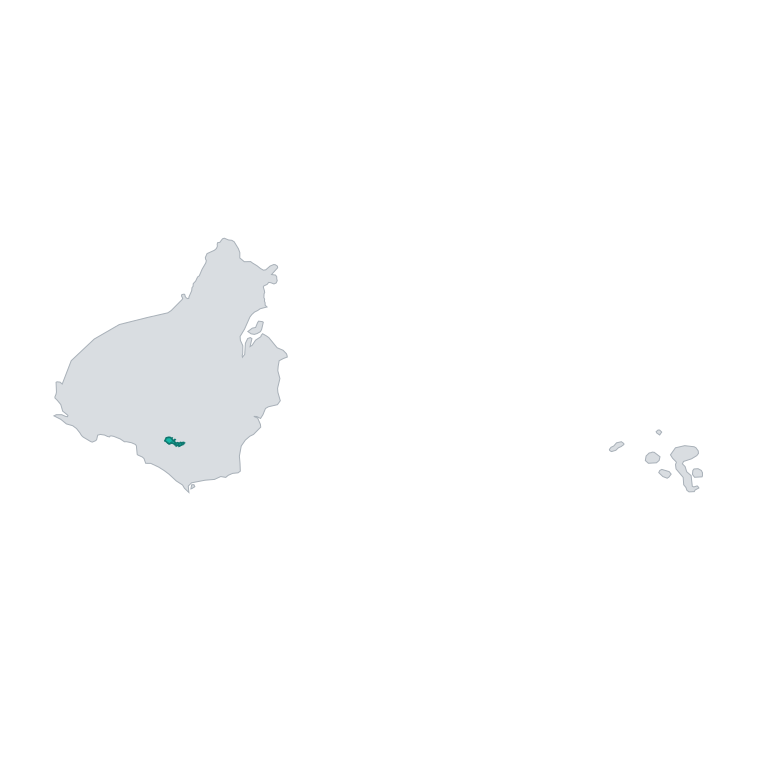 Otavalo, Imbabura, Ecuador (highlighted), rotated 186°
{"feature_id": "8360857B9675012556832", "entity_name": "Otavalo", "entity_type": "district", "adm_level": 2, "iso_a3": "ECU", "parent_name": "Ecuador", "parent_adm1": "Imbabura", "projection": "mercator", "projection_center": [-78.375, 0.223], "detail": "fine", "context": "in_parent", "style": "filled", "palette": "teal", "viewbox_px": 768, "rotation_deg": 186, "n_neighbors": 0, "source": "geoboundaries", "source_scale": "gbopen_adm2", "svg_char_len": 7033}
<svg xmlns="http://www.w3.org/2000/svg" viewBox="0 0 768 768"><g transform="rotate(186 384 384)"><path d="M708.9,317.8L706.7,319.2L701.3,319.8L697.0,318.4L695.3,318.4L695.1,319.8L700.7,323.4L703.3,329.8L707.3,333.7L709.8,335.7L709.9,337.0L709.1,339.6L708.9,341.7L710.3,351.4L709.4,352.0L706.4,352.0L704.0,350.3L697.5,374.5L676.9,398.4L653.4,415.5L626.3,425.4L606.4,432.2L603.3,434.8L593.6,446.9L593.1,448.1L594.5,450.2L594.6,451.5L593.1,452.3L591.9,452.4L591.3,451.8L590.9,450.3L589.6,448.9L588.0,448.4L587.1,448.8L587.1,450.1L585.0,456.7L585.0,459.8L584.1,461.1L584.2,463.9L582.1,466.6L580.6,470.9L579.0,472.3L576.9,479.1L573.9,485.8L573.6,488.1L574.6,489.8L574.9,491.1L573.6,495.2L566.6,499.3L564.8,501.3L564.1,503.6L564.5,505.5L564.3,507.1L562.1,507.7L559.8,511.5L558.1,512.3L553.7,511.0L550.4,511.0L547.9,509.8L543.0,503.4L541.1,499.6L540.6,494.3L535.7,491.0L529.4,491.8L527.5,490.6L522.8,488.4L518.8,485.9L515.8,484.6L513.5,485.2L509.6,489.4L506.1,491.3L504.4,491.2L502.3,490.0L501.9,488.5L507.3,481.1L503.3,481.0L501.9,479.4L501.7,477.6L501.0,475.6L501.8,473.2L503.9,472.0L507.1,472.9L509.3,473.0L510.7,470.8L513.6,469.1L514.2,467.9L512.7,464.3L512.2,462.4L512.7,461.3L512.5,457.4L511.6,455.9L511.6,453.8L510.8,452.6L510.4,449.9L508.4,448.4L515.0,445.9L517.3,443.9L520.3,442.0L522.8,439.2L524.4,436.5L528.4,424.1L532.1,416.2L531.4,412.4L528.4,407.3L527.7,399.8L528.0,397.5L527.6,395.8L525.6,398.9L526.1,410.0L524.3,415.0L521.8,416.2L520.1,415.3L521.1,407.2L519.2,408.7L516.3,414.2L511.4,418.2L511.2,419.6L510.0,421.3L506.3,419.7L503.4,418.1L494.1,408.9L487.9,407.0L484.2,403.9L483.5,402.5L483.0,400.7L486.8,398.8L490.7,396.2L491.1,390.5L491.0,386.1L488.1,378.5L489.4,368.6L488.7,364.7L485.4,356.5L487.8,352.3L496.5,349.3L499.3,347.3L501.2,340.8L503.2,336.8L507.1,338.4L510.1,338.2L506.0,336.8L502.7,330.9L502.1,328.2L508.5,320.2L511.9,318.1L516.0,313.8L519.5,307.4L520.3,297.2L518.9,290.0L517.8,282.3L519.9,280.4L525.2,279.3L529.4,276.9L531.6,274.6L536.7,274.9L542.6,271.4L552.0,269.6L565.1,265.6L568.0,262.0L566.7,255.7L571.6,259.5L573.8,262.5L580.5,265.9L588.5,271.9L593.7,275.0L599.4,277.8L607.7,280.7L612.7,280.2L614.9,284.8L616.7,286.1L621.5,287.7L622.1,288.2L623.8,296.7L624.9,297.9L629.0,299.2L634.1,299.7L636.1,299.4L640.6,301.8L647.4,303.7L649.9,303.9L651.0,303.6L651.4,302.7L653.4,302.9L656.5,304.0L660.8,304.2L663.4,303.2L664.0,298.5L665.0,297.4L668.1,295.7L669.7,296.1L677.7,299.8L679.4,301.1L681.4,303.7L685.2,307.6L689.3,310.0L695.7,311.1L701.8,315.1L708.9,317.8ZM72.9,312.6L75.4,315.1L76.7,322.4L84.7,330.1L85.7,334.5L85.0,336.5L85.4,337.2L89.2,340.3L91.7,343.5L87.5,351.0L78.5,354.1L69.0,354.0L67.1,353.2L64.5,350.3L64.0,347.8L65.5,345.4L70.4,341.7L78.0,338.3L78.9,335.8L75.9,333.3L73.8,328.4L69.0,325.0L66.7,314.5L65.1,314.0L61.9,315.4L60.3,314.1L60.0,313.5L63.5,311.1L64.2,309.4L69.4,308.6L71.6,309.9L72.9,312.6ZM110.2,344.3L108.1,344.3L101.9,340.5L102.4,336.7L104.8,334.1L112.8,332.8L116.1,335.2L115.8,339.8L113.1,343.1L111.0,343.7L110.2,344.3ZM516.1,431.9L515.3,433.4L511.5,433.3L510.5,432.8L511.4,425.5L512.4,423.1L515.5,420.9L518.1,419.8L521.4,420.0L524.9,422.0L520.8,425.8L517.6,426.8L516.1,431.9ZM66.8,331.9L62.8,332.6L59.4,331.2L58.0,329.1L57.7,325.9L58.0,324.9L65.4,323.7L67.8,326.4L67.8,330.3L66.8,331.9ZM146.6,349.8L141.9,351.4L139.3,349.9L139.1,348.9L141.7,346.5L144.2,345.1L146.5,342.3L150.6,340.6L151.8,341.0L152.7,341.6L153.0,342.5L151.6,344.8L149.0,346.4L146.6,349.8ZM100.7,326.8L98.8,328.1L91.3,326.7L89.0,324.4L90.9,321.2L92.5,319.9L97.0,321.1L101.5,324.6L100.7,326.8ZM106.6,366.9L105.0,367.0L102.8,365.2L104.5,362.1L107.6,363.8L108.4,365.0L106.6,366.9ZM564.7,263.7L562.5,264.0L561.4,262.1L564.2,259.9L565.1,259.5L564.7,263.7Z" fill="#d9dde1" stroke="#a8b0b8" stroke-width="1"/><path d="M591.2,301.4L591.1,301.6L590.9,301.8L590.7,302.0L590.8,302.2L590.7,302.3L590.4,302.6L590.3,302.8L590.1,303.0L589.9,303.2L589.8,303.3L589.8,303.2L589.6,303.2L589.3,302.9L589.0,302.9L588.9,302.9L588.7,302.9L588.6,303.0L588.4,303.2L588.2,303.2L587.8,303.0L587.6,302.9L587.4,302.9L587.3,302.7L587.2,302.7L586.8,302.5L586.7,302.4L586.4,302.3L586.2,302.3L585.9,302.1L585.8,301.9L585.7,301.8L585.6,301.6L585.6,301.4L585.5,301.2L585.5,301.4L585.4,301.4L585.2,301.6L585.1,301.9L584.9,301.9L584.7,301.9L584.7,302.0L584.5,301.9L584.4,302.0L584.3,301.9L584.2,302.1L584.2,301.9L584.2,301.7L584.1,301.4L584.1,301.2L583.9,301.4L583.7,301.4L583.4,301.3L583.4,301.2L583.3,301.3L583.4,301.2L583.4,301.3L583.4,301.2L583.2,301.2L583.2,301.3L582.9,301.4L582.9,301.6L582.5,301.9L582.4,302.0L582.1,302.1L581.9,302.0L581.7,301.8L581.7,301.7L581.3,301.6L581.2,301.6L581.2,301.4L581.3,301.4L581.4,301.1L581.4,300.7L581.2,300.8L580.9,301.0L580.7,301.0L580.6,300.9L580.4,301.1L580.2,301.3L579.9,301.5L579.7,301.8L579.4,301.9L579.3,302.1L579.2,302.1L579.2,302.3L578.9,302.3L578.7,302.2L578.4,302.6L578.2,302.6L577.8,302.8L577.7,302.8L577.7,303.0L577.4,303.3L577.2,303.4L577.3,303.5L577.4,303.8L577.3,304.1L577.2,304.1L577.2,304.3L577.1,304.2L577.0,304.3L576.9,304.2L576.7,304.1L576.5,304.3L576.4,304.5L576.2,304.7L576.3,304.8L576.2,304.8L576.2,305.0L576.2,304.9L576.3,304.9L576.7,304.9L576.8,304.9L576.9,304.7L577.0,304.7L577.3,304.7L577.5,304.7L577.9,304.6L578.0,304.6L578.3,304.7L578.5,304.6L578.8,304.6L579.0,304.5L579.0,304.4L579.2,304.2L579.4,304.1L579.5,304.3L579.5,304.2L579.6,304.3L579.8,304.3L580.0,304.5L580.2,304.4L580.2,304.5L580.3,304.5L580.5,304.6L580.7,304.4L580.7,304.2L580.8,304.1L581.0,303.9L581.2,303.7L581.4,303.5L581.5,303.5L581.8,303.6L582.0,303.7L582.3,303.5L582.3,303.4L582.5,303.7L582.7,303.8L582.7,304.0L582.8,304.0L583.2,304.1L583.3,304.0L583.5,304.0L583.7,303.9L583.8,303.8L584.0,303.7L584.3,303.5L584.6,303.7L584.8,303.8L584.9,304.0L584.9,303.9L585.0,303.9L585.0,303.6L585.2,303.8L585.3,303.8L585.4,303.7L585.6,303.7L585.7,304.0L585.8,304.0L585.8,304.3L586.0,304.5L586.3,304.7L586.4,304.8L586.6,304.9L586.5,305.1L586.4,305.3L586.5,305.4L586.6,305.5L586.6,305.8L586.4,306.1L586.3,306.5L586.2,306.6L586.1,306.8L585.9,306.9L586.0,307.0L586.3,307.0L586.4,306.9L586.5,306.9L586.7,306.7L586.8,306.6L587.0,306.2L587.2,305.9L587.3,305.8L587.4,305.7L587.7,305.5L587.7,305.9L588.0,306.0L588.5,306.2L588.6,306.5L588.8,306.6L588.8,306.8L588.9,307.0L589.0,307.0L589.0,307.3L589.4,307.5L589.5,307.6L589.3,308.0L589.2,308.2L589.3,308.2L589.7,308.0L590.6,308.1L590.7,308.3L590.8,308.4L591.0,308.5L591.4,308.7L591.5,308.7L591.9,308.5L592.0,308.4L592.3,308.5L592.7,308.4L592.9,308.5L593.0,308.4L593.1,308.2L593.3,308.0L593.5,308.1L593.8,308.2L594.0,308.1L594.3,307.9L594.5,307.9L594.8,307.8L594.9,307.7L595.1,307.5L595.0,307.3L595.0,307.2L595.4,306.5L595.3,306.3L595.4,306.1L595.6,305.9L595.6,305.7L595.7,305.4L595.8,305.1L595.8,304.8L596.0,304.8L596.1,304.7L596.0,304.4L595.6,304.4L595.3,304.4L595.1,304.3L595.1,304.2L594.9,304.1L594.5,303.9L594.3,303.7L594.2,303.5L593.8,303.4L593.7,303.4L593.5,303.1L593.1,302.8L593.0,302.6L592.8,302.6L592.7,302.5L592.4,302.5L592.1,302.3L591.9,302.1L591.8,302.3L591.7,302.2L591.3,302.0L591.2,301.8L591.2,301.7L591.2,301.4Z" fill="#14b8a6" stroke="#0f766e" stroke-width="1.5"/></g></svg>